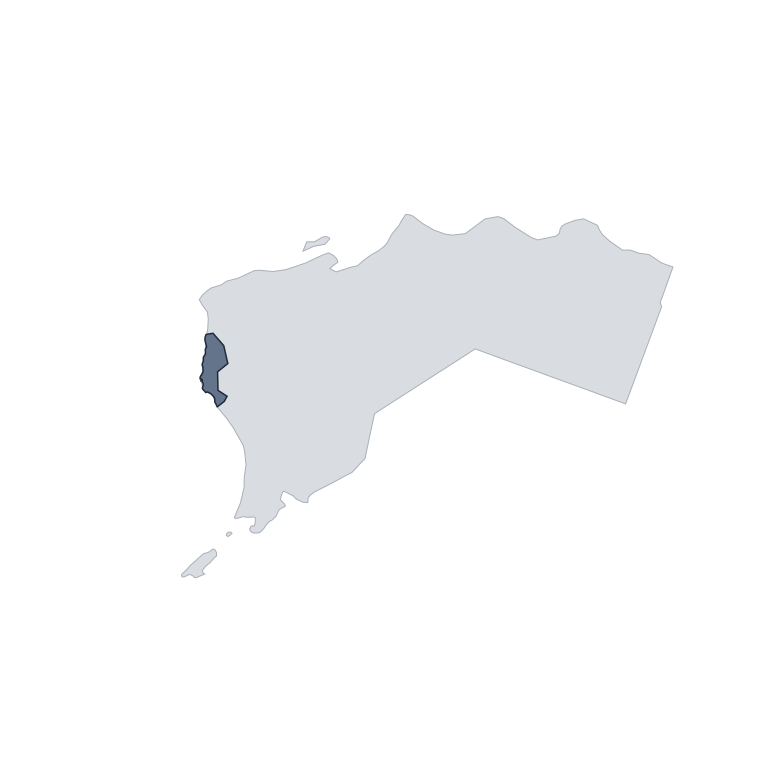 where Muscat sits in Oman, rotated 221°
{"feature_id": "OMN-2426", "entity_name": "Muscat", "entity_type": "Province", "adm_level": 1, "iso_a3": "OMN", "parent_name": "Oman", "parent_adm1": "", "projection": "robinson", "projection_center": [58.687, 23.254], "detail": "fine", "context": "in_parent", "style": "filled", "palette": "slate", "viewbox_px": 768, "rotation_deg": 221, "n_neighbors": 0, "source": "natural_earth", "source_scale": "10m", "svg_char_len": 4100}
<svg xmlns="http://www.w3.org/2000/svg" viewBox="0 0 768 768"><g transform="rotate(221 384 384)"><path d="M242.7,661.9L239.8,654.4L236.8,646.8L233.8,639.3L230.9,631.7L228.8,626.4L225.2,624.6L223.1,619.0L221.0,613.3L218.8,607.6L216.6,601.8L214.5,596.1L212.3,590.4L210.2,584.7L208.0,579.0L205.9,573.2L203.7,567.5L201.5,561.8L199.4,556.1L197.2,550.4L195.1,544.7L192.9,538.9L190.8,533.2L188.6,527.5L195.7,524.8L204.3,521.5L212.8,518.2L221.4,515.0L230.0,511.7L238.6,508.4L247.2,505.1L255.8,501.8L264.3,498.5L272.9,495.3L281.5,492.0L290.1,488.7L298.6,485.4L307.2,482.1L315.8,478.8L324.3,475.6L332.9,472.3L338.2,470.3L340.4,462.6L342.3,456.3L344.1,449.9L346.0,443.6L347.8,437.3L349.7,430.9L351.5,424.6L353.4,418.3L355.2,411.9L357.1,405.6L358.9,399.2L360.8,392.9L362.6,386.6L364.5,380.2L366.3,373.9L368.2,367.5L370.0,361.2L371.7,355.4L368.6,349.8L364.5,342.3L360.1,334.4L356.0,327.1L353.0,321.7L349.4,315.2L349.9,306.8L349.8,302.7L350.2,296.3L353.7,287.4L357.9,276.1L360.9,268.5L363.6,262.0L365.7,256.8L366.8,251.4L366.3,247.6L364.9,246.2L363.8,244.4L367.7,241.5L375.0,239.6L379.1,240.0L384.8,238.6L389.3,237.4L389.6,235.7L388.4,232.8L386.5,228.7L380.2,228.2L378.3,227.1L380.5,221.0L380.4,219.0L379.6,216.7L378.7,212.9L379.2,207.9L380.5,204.6L380.5,201.9L379.9,196.3L380.1,191.3L381.5,188.8L383.9,186.5L386.1,185.4L388.4,185.4L390.3,186.4L391.0,189.0L390.5,190.8L389.2,191.1L388.7,191.8L390.6,195.3L393.3,198.7L395.4,198.1L397.8,195.4L400.3,193.3L403.4,191.4L405.7,187.7L407.6,185.3L409.3,184.9L414.3,200.0L421.7,214.1L428.2,221.8L435.0,232.4L445.4,242.1L450.1,245.4L469.4,252.2L480.0,254.8L494.5,257.2L504.6,262.5L508.0,262.9L513.2,261.3L517.1,261.4L526.7,268.6L529.5,275.5L533.6,279.1L537.1,284.8L539.4,290.8L547.6,299.9L553.3,310.1L559.2,317.7L564.4,322.4L572.3,324.2L578.7,326.4L579.4,331.4L578.7,338.0L577.5,342.9L571.7,352.4L570.3,358.3L563.6,368.0L556.4,384.2L553.1,387.8L541.4,396.2L532.8,406.3L522.6,423.8L514.9,441.2L511.9,446.7L505.7,447.9L501.6,447.4L498.7,445.7L499.9,441.0L500.5,435.7L496.8,436.3L493.5,437.4L485.7,450.3L481.5,456.0L480.6,463.3L478.5,472.6L475.5,481.2L474.1,488.4L474.2,492.5L476.4,502.5L476.6,512.8L477.9,518.9L478.9,526.3L475.3,528.6L472.2,529.7L459.8,530.5L447.3,532.9L436.4,537.1L429.8,541.4L421.3,550.9L416.0,575.0L407.7,585.2L402.0,587.4L388.4,588.2L369.3,591.1L362.6,593.5L351.3,608.3L350.5,612.9L352.6,616.2L353.3,619.9L352.3,623.4L347.2,632.8L341.7,639.6L327.0,643.8L321.7,641.3L316.8,640.0L307.3,639.9L291.9,641.5L286.2,646.5L277.3,650.0L269.0,655.5L253.4,657.6L242.7,661.9ZM405.1,146.5L404.1,147.8L402.7,147.9L399.5,146.8L397.6,144.2L398.0,141.0L398.1,135.2L399.0,129.6L398.8,123.8L396.3,122.6L394.6,122.9L398.7,114.6L400.3,113.4L401.9,113.9L405.7,113.0L407.7,108.5L409.3,106.1L411.0,106.4L411.8,107.7L411.2,114.6L411.1,120.3L408.9,137.7L406.7,140.7L405.6,143.1L405.1,146.5ZM524.2,457.5L521.1,458.4L520.2,458.0L520.2,450.7L527.5,441.6L532.3,431.1L535.6,440.5L529.8,445.7L526.7,454.7L524.2,457.5ZM404.2,170.3L402.1,171.8L400.7,171.5L401.0,168.5L401.9,166.3L404.0,166.5L404.5,167.8L404.2,170.3Z" fill="#d9dde1" stroke="#a8b0b8" stroke-width="1"/><path d="M495.1,257.4L498.1,258.8L499.0,259.0L499.8,259.4L501.6,261.3L502.5,262.1L504.2,262.7L506.5,263.0L508.9,263.0L510.9,262.5L512.0,262.1L512.4,261.7L512.8,260.7L513.2,260.6L514.2,260.9L516.3,261.0L517.4,261.2L518.4,261.7L518.8,262.5L519.8,264.7L520.3,265.2L520.5,265.3L520.7,265.6L520.9,265.9L521.1,266.0L521.5,266.0L521.8,266.0L522.1,266.0L522.8,266.7L523.2,267.2L523.5,267.6L523.8,267.6L524.1,266.8L524.2,267.1L524.3,267.3L524.4,267.6L524.5,268.0L524.8,268.0L524.9,267.8L525.1,267.2L525.4,267.5L525.6,267.5L526.2,267.2L527.4,268.9L527.7,269.9L527.5,270.7L527.9,271.5L528.4,274.1L529.1,275.2L532.0,278.1L533.7,279.0L534.4,280.0L535.3,282.5L535.8,283.4L537.3,284.9L538.0,286.1L538.4,289.5L541.6,292.9L541.8,293.4L542.1,295.1L542.3,295.5L542.5,295.8L543.9,296.9L546.5,298.6L548.2,299.9L549.4,301.5L550.3,303.3L550.7,304.5L549.6,306.2L546.3,310.1L530.1,307.8L515.3,297.0L517.6,284.0L505.1,270.3L494.4,271.8L493.1,266.1L494.7,258.0L494.7,257.8L495.1,257.4Z" fill="#64748b" stroke="#1e293b" stroke-width="1.5"/></g></svg>